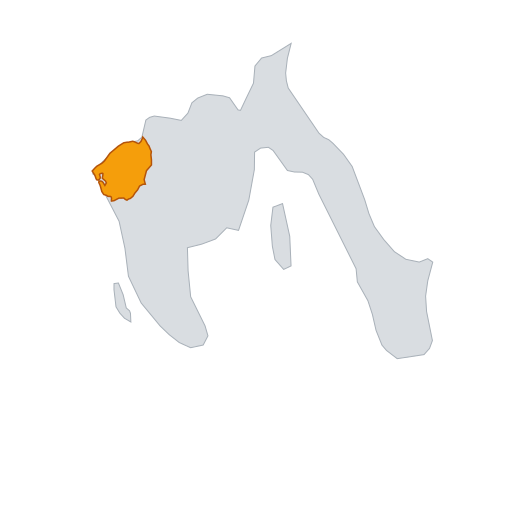 Nord-Est on a map of Haiti (Robinson projection), rotated 237°
{"feature_id": "HTI-1386", "entity_name": "Nord-Est", "entity_type": "Department", "adm_level": 1, "iso_a3": "HTI", "parent_name": "Haiti", "parent_adm1": "", "projection": "robinson", "projection_center": [-71.895, 19.504], "detail": "fine", "context": "in_parent", "style": "filled", "palette": "amber", "viewbox_px": 512, "rotation_deg": 237, "n_neighbors": 0, "source": "natural_earth", "source_scale": "10m", "svg_char_len": 2499}
<svg xmlns="http://www.w3.org/2000/svg" viewBox="0 0 512 512"><g transform="rotate(237 256 256)"><path d="M413.8,163.8L416.5,168.0L422.1,196.6L422.7,205.7L417.0,219.5L417.8,225.0L430.0,237.7L430.2,242.3L428.8,246.9L418.4,259.0L410.4,267.2L412.9,276.7L419.4,285.7L420.2,293.2L418.2,303.2L408.3,315.5L403.1,320.0L388.3,320.5L386.6,322.3L394.0,334.3L402.3,348.0L415.9,358.6L419.0,368.5L415.7,378.0L415.2,401.3L404.7,390.0L393.3,380.5L386.4,376.9L379.3,374.5L324.7,375.7L318.5,377.4L313.8,380.4L308.7,381.9L293.7,384.8L278.7,385.4L243.9,377.8L230.1,373.8L216.2,371.3L200.2,372.1L184.3,374.4L171.6,379.9L162.0,389.6L160.2,398.6L154.6,400.9L141.7,386.6L130.0,376.4L116.5,368.8L89.0,357.9L84.0,351.2L81.8,343.2L93.0,318.5L105.7,314.0L112.7,313.1L128.3,316.2L143.6,321.8L157.5,325.5L179.1,326.9L190.8,333.0L273.8,342.4L289.5,345.3L295.7,344.3L301.0,340.6L305.5,334.0L310.6,328.9L335.2,327.8L340.4,325.6L344.0,318.6L343.9,311.4L329.4,301.7L306.8,280.4L287.0,255.3L295.6,246.8L292.3,231.4L295.5,217.0L300.3,203.0L280.6,191.0L257.4,179.0L225.1,175.2L215.2,172.2L210.1,163.2L214.7,151.2L225.2,144.5L237.2,140.4L249.5,137.5L279.1,134.1L308.5,138.0L333.9,150.3L359.7,160.1L392.3,163.3L407.0,166.8L413.8,163.8ZM287.7,296.8L285.5,306.8L254.1,295.0L228.6,280.0L229.7,271.9L242.7,270.0L255.2,275.0L273.6,285.0L287.7,296.8ZM305.2,118.6L310.2,121.9L308.3,125.9L295.9,123.5L283.1,118.9L278.9,120.1L276.3,119.5L268.8,115.1L275.4,111.8L282.2,110.7L289.6,110.9L305.2,118.6Z" fill="#d9dde1" stroke="#a8b0b8" stroke-width="1"/><path d="M416.5,164.9L417.5,168.8L418.0,171.3L417.9,173.6L417.7,177.3L418.2,180.5L421.7,189.4L423.1,200.4L423.0,206.7L421.6,210.0L421.0,210.8L419.4,215.1L418.2,216.1L414.9,218.2L414.1,219.1L414.7,221.9L416.9,225.3L417.4,225.8L413.2,226.4L408.9,226.0L406.6,226.2L403.8,225.6L400.5,225.1L398.2,223.0L393.6,220.7L389.3,217.9L387.2,210.6L381.0,203.8L378.7,203.0L376.5,202.3L377.7,200.3L378.1,196.5L376.0,192.8L374.7,188.6L373.1,185.3L372.7,182.0L373.2,180.2L373.1,178.2L374.6,177.2L376.6,176.7L379.2,172.5L379.7,167.1L380.2,166.0L380.8,164.7L381.6,165.1L383.3,166.4L384.4,166.7L385.3,166.3L386.0,165.2L386.8,164.2L388.2,163.7L390.5,161.8L394.0,161.8L400.0,163.7L403.3,164.2L404.2,165.0L403.4,166.7L402.4,167.5L400.9,167.8L397.5,167.7L398.8,170.3L400.9,170.6L403.2,169.9L405.0,169.5L407.2,171.6L408.6,172.5L409.2,172.1L409.9,170.1L409.6,169.1L406.9,168.3L406.0,167.5L405.6,166.2L405.8,164.8L406.7,163.9L408.1,164.0L411.3,164.8L416.5,164.9Z" fill="#f59e0b" stroke="#b45309" stroke-width="1.5"/></g></svg>